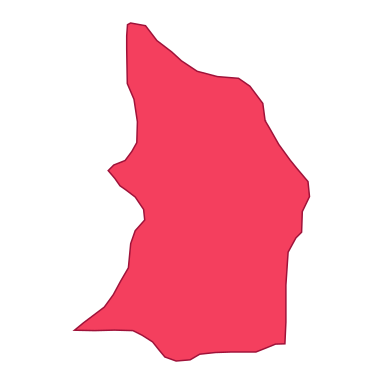 the district of Söderhamn, Gävleborg, Sweden
{"feature_id": "70781695B37346954790486", "entity_name": "Söderhamn", "entity_type": "district", "adm_level": 2, "iso_a3": "SWE", "parent_name": "Sweden", "parent_adm1": "Gävleborg", "projection": "mercator", "projection_center": [16.889, 61.303], "detail": "fine", "context": "isolated", "style": "filled", "palette": "rose", "viewbox_px": 384, "rotation_deg": 0, "n_neighbors": 0, "source": "geoboundaries", "source_scale": "gbopen_adm2", "svg_char_len": 942}
<svg xmlns="http://www.w3.org/2000/svg" viewBox="0 0 384 384"><path d="M127.5,24.7L126.7,35.9L126.7,48.8L127.3,83.6L134.0,99.3L137.4,121.8L136.8,142.6L131.8,151.5L125.1,160.5L113.8,165.0L108.2,170.6L114.9,178.5L120.0,185.8L125.6,189.7L135.2,197.0L143.6,209.4L144.7,220.0L135.2,230.7L130.7,243.6L128.4,267.8L120.6,281.2L113.3,294.7L104.3,307.1L83.5,322.8L74.5,330.2L94.7,330.6L114.4,330.1L132.9,330.6L141.9,335.1L152.6,341.9L159.3,350.3L164.9,357.0L176.1,361.0L188.2,360.0L190.2,359.8L199.7,354.2L215.4,352.5L230.6,352.0L242.4,352.0L255.9,352.0L266.0,348.0L275.5,344.1L284.9,343.8L285.9,322.1L285.9,285.0L288.1,252.2L295.9,237.9L301.6,232.2L302.3,211.6L309.5,196.6L308.0,181.6L296.6,168.1L290.2,160.2L278.8,144.5L269.5,128.1L265.3,121.0L265.4,120.8L265.1,120.7L262.8,103.4L249.9,86.2L238.5,78.3L217.4,76.6L197.2,71.3L181.4,60.8L171.8,52.0L156.9,40.6L145.5,25.7L130.6,23.0L127.5,24.7Z" fill="#f43f5e" stroke="#9f1239" stroke-width="1.5"/></svg>